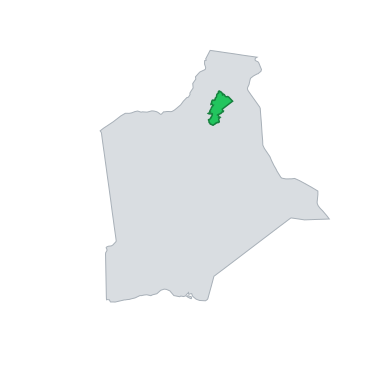 Turkana Central, Rift Valley, Kenya (highlighted), rotated 53°
{"feature_id": "3690345B27917723778047", "entity_name": "Turkana Central", "entity_type": "district", "adm_level": 2, "iso_a3": "KEN", "parent_name": "Kenya", "parent_adm1": "Rift Valley", "projection": "mercator", "projection_center": [35.914, 3.132], "detail": "fine", "context": "in_parent", "style": "filled", "palette": "green", "viewbox_px": 384, "rotation_deg": 53, "n_neighbors": 0, "source": "geoboundaries", "source_scale": "gbopen_adm2", "svg_char_len": 6822}
<svg xmlns="http://www.w3.org/2000/svg" viewBox="0 0 384 384"><g transform="rotate(53 192 192)"><path d="M87.9,228.6L87.8,224.2L88.5,212.9L88.4,202.9L89.0,197.9L91.4,194.8L92.5,192.5L93.4,189.3L94.6,186.7L97.6,184.6L98.1,183.4L101.2,179.8L103.0,175.3L104.4,173.7L106.1,172.3L107.4,171.5L109.4,170.8L111.0,170.4L111.3,170.0L111.4,169.3L110.9,166.4L111.6,165.5L112.6,163.6L113.9,161.9L115.0,160.7L115.6,159.6L115.9,157.6L116.0,156.2L115.9,153.9L115.6,148.6L114.3,144.3L113.5,139.4L114.1,137.8L113.0,134.9L112.5,134.7L111.7,134.1L110.6,131.4L109.8,128.9L109.3,128.3L105.8,126.1L104.1,121.0L102.1,119.9L101.1,114.8L100.9,113.4L102.0,108.3L101.9,107.2L100.7,106.1L97.4,105.0L94.7,102.9L95.1,102.2L95.3,101.4L93.9,100.9L89.8,92.3L95.1,87.0L100.4,81.8L107.1,75.1L113.4,69.0L118.7,63.7L123.5,58.9L123.4,59.8L123.4,61.0L124.0,61.8L125.0,62.3L126.4,61.7L127.6,61.0L128.8,60.9L136.0,62.8L137.2,64.5L137.1,66.4L137.4,67.7L136.9,69.1L136.3,73.1L136.4,76.9L138.6,79.6L140.5,81.8L142.1,84.8L143.2,85.8L144.8,86.2L149.7,86.4L157.1,86.6L164.1,86.8L164.8,86.8L166.3,87.2L172.8,91.4L178.7,95.1L183.7,98.4L188.6,101.6L193.4,104.6L197.1,107.2L200.7,108.0L206.6,108.3L210.7,108.5L214.5,109.5L220.1,110.6L224.3,111.1L226.8,111.6L233.8,112.2L235.0,111.9L238.1,109.1L241.5,104.4L242.9,101.9L247.4,99.4L255.3,95.8L260.8,93.4L267.0,90.9L269.8,93.0L273.6,96.5L275.4,98.2L276.8,99.0L278.9,99.5L281.4,99.5L282.8,99.4L285.7,99.0L292.4,98.6L296.2,98.6L293.0,103.2L289.1,108.7L282.0,118.9L276.6,124.2L272.5,128.3L272.2,129.0L272.2,133.5L272.2,144.5L272.3,166.5L272.4,188.5L272.5,210.5L272.5,221.5L272.5,225.2L276.1,229.8L279.6,234.3L284.2,240.3L286.7,243.5L287.1,244.6L287.0,246.7L283.2,251.2L280.1,253.2L275.9,254.2L274.6,254.0L273.0,253.4L272.3,254.5L271.9,256.1L270.9,255.8L270.2,255.3L270.6,258.3L271.1,259.7L270.4,261.7L268.4,263.5L268.2,264.9L263.8,268.8L257.6,269.2L254.3,271.1L252.8,272.7L251.7,276.1L252.1,281.3L250.4,285.3L250.0,287.3L246.8,290.0L245.4,292.4L244.3,294.8L243.4,295.9L242.3,301.3L240.8,304.7L240.4,305.8L240.0,306.8L238.8,308.7L238.1,310.1L237.5,310.9L233.7,319.5L230.7,323.3L228.4,322.9L226.9,324.4L226.7,325.1L225.9,324.7L223.9,323.3L219.9,320.4L215.9,317.5L211.9,314.6L207.9,311.7L203.9,308.8L199.9,305.9L195.9,303.0L191.9,300.1L189.5,298.4L188.5,297.4L187.7,295.4L187.3,294.9L186.2,294.3L185.0,294.2L184.6,293.8L184.6,292.8L185.0,291.4L186.5,288.8L186.7,287.2L186.4,285.5L185.9,282.6L185.5,282.0L182.9,280.5L177.3,277.4L171.7,274.3L166.2,271.2L160.6,268.1L155.1,265.0L149.5,261.8L143.9,258.7L138.4,255.6L132.8,252.5L127.2,249.4L121.7,246.3L116.1,243.2L110.6,240.1L105.0,237.0L99.4,233.9L93.9,230.8L91.8,229.6L89.9,228.6L87.9,228.6ZM273.0,258.8L272.0,259.0L272.5,257.5L275.3,255.6L276.5,256.1L276.7,256.5L276.7,256.9L276.2,257.3L273.0,258.8Z" fill="#d9dde1" stroke="#a8b0b8" stroke-width="1"/><path d="M144.0,117.9L143.9,104.9L138.2,105.6L137.9,105.8L137.7,105.9L137.3,106.0L137.2,106.1L137.1,106.4L137.0,106.5L136.9,106.6L136.8,106.9L136.7,107.2L136.6,107.3L136.4,107.5L136.1,107.7L135.9,107.7L135.7,107.8L135.3,107.8L135.0,107.8L134.6,107.7L134.1,107.6L133.8,107.6L133.7,107.6L133.4,107.7L133.2,107.8L133.0,108.0L133.0,108.3L133.0,108.6L132.9,109.0L132.8,108.9L132.6,108.9L132.4,108.9L132.2,108.8L132.1,108.6L131.9,108.6L131.7,108.5L131.4,108.5L131.4,108.4L131.2,108.5L130.9,108.5L130.7,108.6L130.3,108.5L130.0,108.6L129.6,108.6L129.4,108.7L129.2,108.7L129.2,108.8L129.1,109.0L128.9,109.1L128.7,109.3L128.4,109.4L128.1,109.3L127.8,109.4L127.8,109.5L127.7,109.6L127.6,109.9L127.7,110.1L127.8,110.2L127.9,110.3L127.9,110.5L128.1,110.5L128.3,110.6L128.3,110.8L128.3,111.0L128.5,111.0L128.9,111.2L129.0,111.5L129.0,111.9L128.9,112.5L128.9,113.0L129.0,113.3L129.1,113.5L129.3,113.7L129.4,113.8L129.7,114.1L129.9,114.4L130.2,114.7L130.3,114.7L130.4,114.8L130.6,115.1L130.7,115.3L130.8,115.4L131.0,115.6L131.1,115.8L131.1,116.0L131.0,116.7L131.1,117.0L131.5,117.4L132.2,117.8L132.3,118.0L132.2,118.3L132.0,118.6L132.0,118.8L132.3,118.9L132.3,119.0L132.1,119.4L131.8,119.4L131.7,119.4L131.6,119.5L131.6,119.8L131.5,120.0L131.1,120.2L131.0,120.3L130.9,120.4L130.9,120.5L131.4,121.5L131.6,121.8L131.8,122.0L132.0,122.2L132.2,122.4L132.6,122.6L132.7,122.8L132.7,123.2L132.8,123.4L132.9,123.6L133.5,124.2L133.7,123.8L133.8,123.6L133.9,123.3L133.9,123.2L134.2,123.2L134.3,123.1L134.5,123.1L134.9,123.1L135.0,123.1L135.3,123.0L135.4,122.9L135.5,122.8L135.6,123.2L135.7,123.3L135.8,123.5L135.8,123.8L135.8,124.1L135.8,124.3L135.9,124.6L136.0,124.7L136.1,124.8L136.1,125.0L136.4,125.8L136.5,126.0L136.9,126.4L137.0,126.4L137.3,126.3L137.2,126.4L137.2,126.5L137.2,126.8L137.2,127.1L137.4,127.5L137.5,127.7L137.6,128.0L137.7,128.3L138.2,129.2L138.3,129.4L138.7,129.4L139.0,129.3L139.3,129.2L139.3,129.3L139.2,129.5L139.3,130.1L139.3,130.5L139.2,130.7L139.2,130.8L139.1,131.0L139.0,131.3L139.0,131.5L139.0,131.8L139.2,131.7L139.3,131.7L139.8,131.3L140.1,131.1L140.2,130.9L140.5,130.6L140.7,130.3L141.2,129.5L141.3,129.5L141.3,129.4L141.4,129.1L141.5,129.0L141.5,128.9L141.6,128.7L141.8,128.7L142.5,129.3L143.0,129.8L143.2,130.0L143.2,130.4L143.2,130.8L143.2,131.0L143.3,131.1L143.6,131.3L143.8,131.4L144.0,131.7L144.1,131.8L144.2,132.0L144.1,132.3L144.0,132.5L144.3,132.9L144.4,133.0L144.5,133.2L144.5,133.5L144.5,134.2L144.4,134.7L144.3,134.9L144.2,135.2L144.2,135.3L144.4,135.5L144.5,135.5L144.7,135.4L144.9,135.4L145.2,135.6L145.5,135.8L145.8,135.9L146.3,136.2L146.7,136.4L146.8,136.5L147.0,136.5L147.2,136.4L147.3,136.4L147.6,136.3L147.9,136.3L148.0,136.3L148.4,136.5L148.8,136.5L149.1,136.2L149.4,136.0L149.8,135.8L150.5,135.5L151.1,135.2L151.3,135.0L151.4,134.9L151.4,134.1L151.4,133.8L151.4,133.2L151.5,132.8L151.5,132.5L151.6,132.3L151.5,132.1L151.3,131.9L151.3,131.7L151.5,131.5L151.5,131.4L151.6,131.2L151.5,130.7L151.6,130.3L151.7,130.2L151.9,130.0L152.0,129.9L152.0,129.7L151.9,129.6L152.0,129.5L152.1,129.4L152.2,129.2L152.3,129.1L152.4,128.9L152.4,128.7L152.5,128.7L152.5,128.3L152.2,128.0L152.2,127.9L151.9,127.7L151.7,127.7L151.3,127.5L151.0,127.4L150.9,127.3L150.7,127.2L150.2,127.1L149.7,126.6L149.6,126.1L149.5,125.9L149.4,125.7L149.4,125.3L149.4,125.2L149.3,125.3L149.2,125.4L148.7,125.2L148.6,125.3L148.6,125.2L148.5,125.3L148.4,125.3L148.3,125.2L147.9,125.1L147.7,125.0L147.3,125.0L147.1,125.0L146.9,125.0L146.3,124.9L146.2,124.9L146.1,125.0L146.2,124.8L146.2,124.7L146.0,124.8L146.0,124.6L145.9,124.7L145.9,124.4L145.9,124.2L146.0,124.1L146.1,123.9L146.2,123.6L146.2,123.4L146.3,123.3L146.3,123.2L146.3,122.9L146.3,122.7L146.3,122.3L146.3,122.2L146.5,122.2L146.6,121.9L146.5,121.7L146.6,121.1L146.5,120.6L146.4,120.4L146.2,120.2L146.5,119.4L146.6,119.2L146.6,118.6L146.5,118.4L146.4,118.3L146.3,118.5L146.0,118.6L145.8,118.6L145.7,118.5L145.5,118.4L145.3,118.4L145.0,118.3L144.9,118.3L144.7,118.3L144.5,118.2L144.4,118.2L144.2,118.0L144.0,117.9L144.0,117.9Z" fill="#22c55e" stroke="#15803d" stroke-width="1.5"/></g></svg>